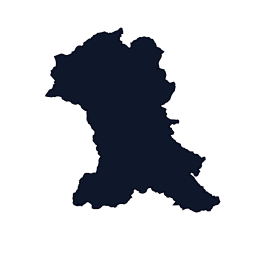 the district of Chi Lang, Lạng Sơn, Vietnam, rotated 77°
{"feature_id": "81297802B55451481919262", "entity_name": "Chi Lang", "entity_type": "district", "adm_level": 2, "iso_a3": "VNM", "parent_name": "Vietnam", "parent_adm1": "Lạng Sơn", "projection": "robinson", "projection_center": [106.633, 21.667], "detail": "fine", "context": "isolated", "style": "filled", "palette": "ink", "viewbox_px": 256, "rotation_deg": 77, "n_neighbors": 0, "source": "geoboundaries", "source_scale": "gbopen_adm2", "svg_char_len": 5785}
<svg xmlns="http://www.w3.org/2000/svg" viewBox="0 0 256 256"><g transform="rotate(77 128 128)"><path d="M134.2,77.8L132.8,77.3L132.3,77.3L131.6,77.9L131.7,79.1L131.0,80.6L129.9,84.6L128.6,86.3L126.8,87.9L125.8,88.5L124.6,88.7L122.9,87.4L121.3,88.4L120.6,88.5L118.3,87.0L117.4,88.0L115.5,90.9L115.0,91.2L113.6,91.4L112.9,91.3L112.5,87.5L111.4,86.1L111.2,84.2L109.4,81.2L105.4,78.6L102.4,75.5L101.9,74.5L100.8,74.3L99.3,73.4L98.6,73.3L98.3,73.0L97.0,73.3L95.8,72.6L93.9,73.2L94.2,76.6L93.6,77.9L93.1,78.4L91.3,79.2L89.3,81.2L88.8,81.4L84.8,79.4L81.8,79.4L80.5,80.0L79.4,80.1L78.5,82.4L77.1,84.3L77.0,85.4L75.5,84.4L73.3,84.5L71.0,84.1L69.3,82.9L66.3,80.1L65.0,79.5L62.8,79.3L62.5,77.6L61.7,76.3L59.0,78.8L57.8,79.1L56.6,81.1L55.3,82.6L53.4,82.4L51.7,82.6L50.7,83.7L49.6,83.4L48.3,84.0L47.4,84.2L46.8,86.1L44.7,87.3L44.4,89.6L43.1,91.8L43.1,92.9L43.8,94.0L43.1,94.8L42.7,96.3L43.1,97.0L43.2,98.2L44.3,99.4L44.7,102.8L45.4,103.9L46.4,104.5L46.1,105.9L49.0,106.2L50.0,106.8L50.9,107.8L50.7,109.3L49.3,110.4L47.7,111.2L45.9,113.0L45.7,113.6L45.7,115.3L42.5,114.9L40.7,117.2L38.9,116.4L37.5,116.4L36.8,114.3L34.6,114.6L34.4,112.1L32.5,111.7L31.2,111.9L29.8,111.7L29.3,112.5L29.5,113.4L31.1,115.6L31.3,118.5L32.3,122.6L31.7,124.8L32.1,126.2L30.6,127.2L30.6,128.4L29.7,128.8L29.3,129.3L29.5,131.1L29.5,133.9L29.2,136.5L29.8,137.1L30.2,138.2L30.5,140.8L31.7,141.7L32.1,143.1L33.3,143.9L32.9,145.2L33.0,146.2L34.1,148.6L34.8,149.5L35.0,150.9L35.2,151.5L35.7,151.9L36.8,151.9L38.6,154.3L37.5,156.3L37.3,157.6L37.7,159.1L38.8,160.6L40.0,161.3L41.2,162.5L41.6,163.3L41.7,165.2L42.9,165.6L43.3,166.5L43.8,169.0L44.0,171.6L42.8,173.7L41.6,175.3L41.2,176.7L42.1,183.3L44.6,182.8L47.2,182.7L48.7,182.9L51.4,183.7L52.6,184.3L52.4,185.9L52.7,186.5L54.6,188.2L55.2,189.8L56.7,189.2L57.1,190.0L58.7,190.7L59.0,191.1L65.2,187.7L65.7,187.8L66.9,189.2L68.2,188.8L69.3,189.1L70.0,189.8L69.4,190.3L69.5,190.8L70.1,190.6L73.2,192.7L73.7,196.1L74.8,197.0L77.6,200.4L78.1,200.7L78.8,199.4L79.7,196.6L80.2,195.7L80.1,193.5L80.8,192.3L80.4,190.8L80.8,188.4L82.0,186.1L82.9,185.1L84.7,185.2L85.8,183.8L86.8,183.0L87.9,181.5L87.7,179.9L88.5,179.0L88.7,177.9L91.0,176.7L92.7,174.3L92.9,173.3L92.5,170.9L94.1,169.8L95.0,168.6L97.2,168.4L98.6,167.7L100.8,165.8L101.2,165.2L101.7,163.6L104.5,164.5L107.1,164.7L108.4,165.3L111.1,165.8L111.3,164.9L112.4,165.4L114.7,165.0L115.4,163.8L116.5,163.7L117.3,163.1L119.9,163.0L121.1,162.1L121.9,161.9L123.0,160.6L125.4,161.1L127.4,161.8L127.7,163.2L128.0,163.6L131.2,164.1L132.7,164.6L134.5,163.5L136.0,163.0L136.5,162.7L137.2,161.5L138.5,161.6L140.6,163.1L142.4,163.1L144.4,161.5L145.8,162.5L146.6,162.4L148.3,161.2L149.3,160.0L151.6,162.4L152.8,163.2L154.7,163.7L155.5,163.6L156.8,164.5L158.4,165.0L159.4,166.4L162.7,167.5L163.3,168.0L164.6,168.5L164.9,168.8L164.9,169.8L164.4,171.8L164.8,174.6L163.6,176.6L163.0,179.1L163.0,179.9L163.5,180.8L166.3,182.9L167.0,184.9L168.5,186.8L169.3,186.7L170.2,187.3L171.4,187.1L172.5,188.4L173.7,188.8L174.2,189.5L176.2,189.8L177.7,191.8L179.6,193.2L179.7,195.4L180.2,195.9L182.5,196.4L184.1,197.2L187.0,197.2L188.5,198.1L190.4,197.6L190.7,196.9L191.8,195.6L191.7,195.2L191.0,194.3L192.2,194.4L192.3,194.1L191.6,193.1L192.5,192.3L191.6,191.5L191.6,191.0L191.9,190.7L192.4,191.2L193.2,190.4L192.9,190.1L192.2,190.1L192.3,189.1L191.4,188.8L191.9,187.8L191.4,187.1L191.3,186.1L191.0,185.9L190.4,186.3L190.5,183.9L190.7,183.2L192.3,181.4L194.3,180.1L195.2,179.9L197.7,180.6L198.6,179.5L199.5,175.5L199.5,174.4L198.9,172.7L197.4,170.3L197.5,167.8L198.1,167.0L198.9,164.0L200.1,163.0L200.8,162.0L201.1,159.6L201.9,158.8L202.0,158.3L201.6,157.3L200.4,156.2L199.5,153.5L199.8,151.3L200.8,148.7L200.2,146.2L198.7,144.8L198.2,143.5L196.6,141.9L196.3,140.3L193.5,141.1L193.2,140.6L193.1,139.5L191.9,137.7L189.5,137.0L188.7,136.4L188.9,134.3L189.7,133.3L190.5,132.9L192.2,130.3L193.1,131.0L194.0,129.8L194.6,128.1L194.4,126.2L193.8,124.9L191.5,123.3L190.7,122.4L190.6,119.8L191.0,118.9L191.0,117.9L192.6,118.4L193.3,118.2L194.5,117.5L194.5,116.6L196.3,115.5L196.4,113.5L198.6,111.8L198.2,110.1L198.3,108.7L197.9,107.5L198.1,106.8L199.8,107.1L201.1,107.0L202.0,106.3L202.1,105.5L203.2,105.5L203.8,105.3L204.3,103.9L204.0,103.2L204.1,102.7L206.5,99.6L207.6,99.6L208.4,99.3L209.7,97.7L211.1,97.9L212.2,99.7L213.0,100.6L213.6,97.7L213.7,96.1L214.2,95.3L215.3,94.3L216.3,94.4L217.2,93.9L217.9,93.3L218.4,92.2L219.6,92.6L219.0,89.8L219.3,88.5L219.1,87.0L221.4,85.2L222.1,83.9L222.8,83.4L224.9,80.5L225.1,79.7L225.0,76.7L224.4,75.9L224.2,74.6L225.0,72.4L224.5,71.4L225.0,70.1L226.5,68.8L226.8,66.6L225.9,66.1L224.6,64.2L222.5,63.1L222.9,62.1L222.3,60.5L222.3,57.9L221.9,56.9L221.2,56.1L220.3,55.3L218.2,55.8L215.8,55.6L215.5,56.0L215.3,56.8L215.4,59.5L214.8,59.1L214.2,59.2L213.8,61.3L213.0,62.0L211.6,62.1L211.5,62.3L211.5,63.1L210.7,63.4L210.2,64.2L208.6,65.2L208.1,65.9L207.5,68.1L207.0,68.0L206.6,67.2L206.2,67.0L204.0,68.7L202.3,68.4L201.8,69.9L201.1,70.3L200.5,71.4L199.6,71.4L199.1,71.9L198.6,71.9L198.0,73.0L197.3,72.8L193.0,74.8L191.8,75.0L190.5,75.7L188.4,77.3L187.7,78.3L185.4,77.7L185.1,76.0L185.3,75.6L186.8,73.9L188.5,73.7L189.5,73.3L190.0,72.3L189.6,71.0L188.3,69.8L187.4,69.5L186.4,68.1L183.9,69.1L183.2,68.3L183.1,66.8L182.9,66.4L181.3,65.0L179.9,65.2L178.1,63.9L177.5,63.3L177.0,61.7L176.2,61.1L176.0,60.2L174.1,59.9L173.8,60.3L173.8,61.5L174.5,62.8L174.2,63.6L172.7,64.3L172.3,64.9L169.6,66.3L168.9,69.2L167.3,70.3L166.1,70.5L165.3,73.4L162.6,75.5L162.1,76.7L160.6,77.9L160.2,79.1L157.9,81.0L156.1,80.8L155.6,81.0L152.6,84.9L151.0,85.1L150.4,85.6L150.0,86.5L148.7,86.9L147.5,88.1L146.5,88.1L145.1,89.2L143.9,87.8L143.8,85.4L142.8,84.7L142.4,84.7L139.2,86.2L138.3,86.0L137.2,87.5L136.6,87.7L135.4,87.4L134.9,87.0L133.6,84.8L133.4,84.0L133.6,82.8L134.5,82.2L133.7,80.1L134.2,77.8Z" fill="#0f172a" stroke="#020617" stroke-width="1.5"/></g></svg>